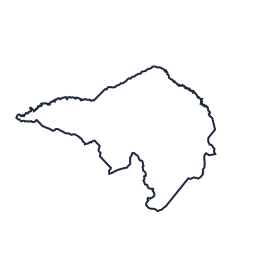 the district of Santa Clara, Pastaza, Ecuador, rotated 226°
{"feature_id": "8360857B98127475553098", "entity_name": "Santa Clara", "entity_type": "district", "adm_level": 2, "iso_a3": "ECU", "parent_name": "Ecuador", "parent_adm1": "Pastaza", "projection": "mercator", "projection_center": [-77.834, -1.262], "detail": "fine", "context": "isolated", "style": "outline", "palette": "slate", "viewbox_px": 256, "rotation_deg": 226, "n_neighbors": 0, "source": "geoboundaries", "source_scale": "gbopen_adm2", "svg_char_len": 5738}
<svg xmlns="http://www.w3.org/2000/svg" viewBox="0 0 256 256"><g transform="rotate(226 128 128)"><path d="M213.0,59.0L213.6,58.9L213.8,58.6L213.8,56.9L213.2,55.2L212.7,54.7L210.3,55.1L209.4,55.8L207.1,55.8L206.6,56.2L205.8,58.0L205.3,58.3L204.3,58.4L203.2,59.9L201.9,60.9L200.5,62.2L200.2,63.1L200.0,63.3L199.0,63.3L198.5,63.6L197.9,64.1L197.0,65.9L197.4,67.3L197.0,67.9L188.5,67.8L187.2,68.7L185.2,69.3L183.5,70.3L179.9,71.6L178.0,72.0L177.3,74.2L177.4,75.5L176.5,76.3L175.3,77.1L171.8,78.0L171.0,78.6L169.5,78.8L167.5,79.6L166.1,80.7L165.1,81.7L162.4,82.5L162.0,83.1L161.6,84.2L160.5,85.2L159.6,85.6L155.0,86.8L153.8,86.5L153.1,86.9L152.5,87.0L152.0,87.0L150.6,86.4L149.8,86.4L149.3,86.1L148.1,86.5L147.5,86.5L146.9,86.3L146.2,85.7L144.5,88.8L144.5,90.4L143.9,91.2L143.1,91.5L143.3,92.1L143.1,93.5L142.5,94.4L142.1,95.2L134.7,95.2L133.3,92.4L132.3,91.2L131.5,90.9L130.8,91.0L130.1,90.8L129.4,91.0L129.0,90.8L128.6,90.4L128.3,89.5L127.1,88.1L111.3,88.0L111.2,87.7L110.6,87.2L110.6,85.6L110.3,84.7L109.8,84.1L108.0,82.7L107.6,83.9L106.9,84.8L106.4,87.2L105.5,89.6L105.2,91.0L103.1,95.1L101.2,98.4L100.4,99.3L100.2,100.0L100.6,101.5L100.5,104.0L100.7,104.6L101.0,105.2L102.8,106.4L103.2,107.2L103.5,107.6L104.6,108.2L105.2,108.9L105.9,111.8L106.9,113.4L106.1,114.9L105.5,115.1L103.8,115.0L102.5,115.5L101.0,115.6L97.2,114.2L96.5,114.1L95.2,115.0L94.7,115.2L94.1,115.2L93.2,114.8L91.3,113.5L90.2,113.0L89.9,112.8L89.9,111.5L86.7,109.3L86.4,109.3L85.5,109.6L84.1,109.6L83.2,109.2L81.4,107.8L81.3,107.5L82.0,106.2L82.0,105.9L80.0,104.7L79.7,103.8L79.5,102.5L79.1,102.4L78.1,102.3L76.4,101.3L75.7,101.1L75.2,101.2L74.4,102.0L73.7,102.3L72.1,101.3L70.7,101.0L69.7,101.4L68.0,102.5L67.4,103.5L66.8,103.8L66.3,103.4L65.8,102.2L65.4,102.0L63.9,102.0L62.5,101.3L61.9,100.9L61.0,99.9L61.0,98.1L61.2,97.1L61.6,96.3L61.6,95.0L63.0,94.5L63.7,94.0L63.8,93.5L63.3,92.7L61.8,92.3L61.6,92.0L61.8,90.6L60.5,87.8L60.2,87.6L59.2,87.4L58.0,87.6L57.0,87.3L56.1,87.4L54.0,88.4L52.8,89.7L51.0,91.0L49.8,91.3L47.6,91.6L47.2,92.2L47.1,93.2L45.8,95.8L45.8,99.1L45.4,100.7L49.9,136.5L48.4,137.1L48.1,137.4L47.3,139.4L47.0,140.7L46.7,141.1L45.4,141.7L44.7,142.7L43.2,143.1L42.8,143.5L42.2,146.2L42.5,147.5L42.5,148.8L42.8,149.9L43.4,150.0L44.2,151.7L45.4,152.3L45.9,152.9L46.2,153.4L46.4,155.0L46.9,156.0L50.4,159.7L51.3,160.2L54.3,162.8L54.8,163.4L55.6,165.4L55.6,166.6L54.0,166.9L53.3,167.3L52.4,167.3L51.8,167.8L48.6,172.6L51.4,173.5L52.0,174.2L52.2,174.9L53.2,175.9L54.0,175.7L54.8,175.7L56.3,176.2L57.6,176.2L58.4,176.0L59.1,175.3L59.4,175.3L60.2,175.4L62.8,176.5L64.8,178.6L65.2,179.5L66.4,189.6L76.7,195.5L79.2,195.3L79.7,195.2L80.8,195.2L81.4,196.0L82.2,196.1L82.2,196.4L81.8,197.1L82.2,197.7L83.3,198.1L84.7,197.9L86.1,198.8L87.2,199.2L87.6,199.8L88.3,199.7L89.3,198.9L89.5,199.4L89.7,199.5L90.0,199.4L90.2,199.2L90.6,198.2L91.6,198.7L91.8,198.3L91.8,197.3L92.1,197.9L92.5,197.5L92.9,198.1L93.5,198.3L93.6,197.8L94.4,198.1L94.9,197.2L96.2,198.8L95.7,199.3L95.7,199.6L96.3,199.6L96.4,200.0L96.6,200.2L96.8,199.8L97.0,199.7L97.5,201.3L97.7,201.1L98.0,200.4L98.7,200.6L99.7,200.1L100.7,200.1L100.9,199.7L101.4,200.3L102.1,199.7L103.3,199.9L104.0,200.5L105.1,200.3L106.9,200.7L107.5,200.5L107.7,200.2L108.0,199.2L108.4,199.3L108.9,200.6L109.5,200.7L109.9,199.9L110.8,199.7L110.8,199.1L112.4,198.5L113.6,198.5L113.3,199.5L113.5,199.6L114.9,198.2L115.4,198.5L115.7,198.4L116.6,196.9L116.9,196.9L117.2,197.6L117.3,197.8L118.9,197.1L119.7,197.6L120.3,197.0L121.2,197.0L121.1,196.1L121.2,195.8L121.8,195.5L122.0,194.9L122.3,194.7L123.1,194.9L123.7,194.8L123.8,194.7L123.2,193.9L123.4,193.8L124.7,193.8L125.7,194.1L126.6,193.8L127.8,193.7L128.0,193.6L129.2,193.9L129.4,193.8L129.1,193.1L129.3,193.0L132.1,193.4L132.7,192.8L133.4,192.8L135.3,192.3L137.7,193.8L138.9,193.9L139.5,193.6L139.9,194.4L141.6,195.0L141.8,195.0L142.6,193.9L142.9,194.0L143.0,195.3L143.3,195.4L143.9,194.3L145.8,194.5L146.7,193.9L149.7,193.0L150.8,191.4L152.1,190.9L154.1,189.6L154.7,188.8L155.1,188.0L154.9,186.7L155.4,185.0L155.7,184.4L156.5,183.7L156.9,181.2L156.8,180.3L158.3,178.0L158.9,176.8L158.9,176.4L158.2,175.2L158.5,174.6L159.3,173.8L159.6,173.2L160.6,170.0L160.5,169.0L160.7,168.2L161.8,166.6L161.9,165.8L161.8,164.1L163.0,163.2L163.4,161.0L163.1,159.3L163.4,157.4L164.0,154.9L165.1,154.0L165.1,151.9L166.2,149.5L166.5,148.6L166.4,146.9L168.1,144.9L169.1,144.3L170.6,142.7L171.3,141.7L170.6,139.8L170.8,139.1L171.4,138.9L171.9,138.4L171.6,127.8L171.6,122.6L172.1,122.4L173.2,120.4L175.1,120.1L175.7,119.0L176.5,118.3L178.0,117.7L179.1,116.2L179.2,115.5L179.9,114.9L180.6,114.7L180.3,113.9L180.4,113.5L180.7,113.3L181.6,113.9L184.7,112.9L185.1,111.9L185.8,111.8L185.6,110.7L185.8,110.4L186.1,110.3L186.9,110.4L188.3,109.8L189.5,108.0L190.8,107.7L191.1,106.9L192.0,105.3L191.8,104.9L191.3,104.6L191.1,104.3L191.7,104.2L192.9,104.9L193.5,104.7L194.6,102.6L195.5,101.6L195.4,100.4L195.8,99.1L196.2,99.0L197.1,99.2L197.5,99.0L197.7,98.4L198.2,97.7L198.0,96.4L198.8,95.6L199.3,94.7L199.0,94.2L198.0,93.7L199.4,92.9L199.6,92.5L199.6,91.6L200.3,90.7L200.1,88.6L199.4,88.4L199.3,88.1L200.1,88.0L200.0,87.1L200.2,86.7L201.2,87.1L202.1,86.2L202.9,86.2L204.2,84.3L205.6,83.0L205.7,82.5L204.5,82.2L204.3,81.9L204.6,80.9L205.3,80.4L205.3,80.2L204.7,80.1L205.3,79.5L205.2,79.2L204.7,79.2L206.1,78.6L206.2,78.4L205.8,78.0L205.1,77.7L205.4,76.2L205.0,75.5L205.0,75.2L205.7,74.9L205.2,73.6L205.4,72.1L205.5,71.9L205.7,72.0L206.5,72.5L207.4,72.3L209.2,72.4L209.9,72.2L210.5,71.6L210.4,71.4L208.9,71.1L207.7,70.3L207.6,70.0L207.6,69.5L208.4,68.0L208.5,67.7L208.1,67.0L208.1,66.1L208.4,65.7L209.5,65.3L209.7,64.9L209.2,63.3L209.3,62.4L208.8,61.4L209.2,61.1L209.9,61.5L210.4,61.4L210.4,59.8L210.6,59.4L210.9,59.3L211.7,59.6L212.1,59.6L213.0,59.0Z" fill="none" stroke="#1e293b" stroke-width="2"/></g></svg>